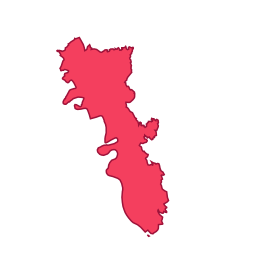 Pirojpur, Barisal, Bangladesh (Mercator projection), rotated 330°
{"feature_id": "16705992B46028667424095", "entity_name": "Pirojpur", "entity_type": "district", "adm_level": 2, "iso_a3": "BGD", "parent_name": "Bangladesh", "parent_adm1": "Barisal", "projection": "mercator", "projection_center": [89.98, 22.515], "detail": "fine", "context": "isolated", "style": "filled", "palette": "rose", "viewbox_px": 256, "rotation_deg": 330, "n_neighbors": 0, "source": "geoboundaries", "source_scale": "gbopen_adm2", "svg_char_len": 5845}
<svg xmlns="http://www.w3.org/2000/svg" viewBox="0 0 256 256"><g transform="rotate(330 128 128)"><path d="M90.9,226.7L94.1,226.4L95.1,230.7L96.7,232.1L97.6,231.8L100.8,231.7L103.0,231.0L104.2,230.0L106.1,226.9L109.7,228.5L110.2,228.4L110.6,225.1L111.7,224.4L113.4,222.5L112.2,219.2L112.0,217.8L112.2,215.1L112.8,214.2L113.2,214.0L113.1,215.9L113.3,216.7L115.0,218.9L116.0,219.3L117.3,218.2L118.2,219.6L119.2,220.4L119.6,220.0L119.6,218.7L119.3,218.5L119.5,217.2L120.2,216.4L121.6,216.4L121.9,216.0L121.2,214.2L121.0,212.3L121.1,211.7L124.7,211.7L126.8,211.1L127.4,207.9L129.6,202.6L128.4,200.8L127.2,198.1L127.5,196.6L128.2,194.4L128.2,192.9L128.9,192.1L130.0,191.5L130.6,189.7L132.3,189.5L133.1,185.7L133.7,185.6L135.0,186.5L135.7,186.6L136.1,186.5L136.2,183.7L135.3,181.8L135.1,180.5L135.5,180.1L135.5,179.2L136.6,176.0L136.8,174.3L135.7,173.4L134.2,173.2L133.8,172.0L132.6,171.0L131.4,168.9L131.3,171.9L130.8,172.4L130.5,172.2L130.1,171.2L128.1,171.0L126.9,169.9L127.3,167.7L128.1,165.5L127.9,163.3L128.6,162.8L130.1,162.7L131.5,161.9L132.2,161.0L131.5,160.3L131.0,159.3L130.4,157.4L130.4,156.3L129.6,156.1L129.4,155.7L129.2,153.5L129.9,151.9L130.0,150.8L129.1,149.1L129.1,148.7L131.5,147.4L133.2,148.9L134.9,149.0L136.7,149.5L137.9,149.0L138.4,148.4L138.1,146.7L137.0,146.0L137.0,145.3L137.4,143.7L138.2,143.7L138.9,142.6L139.1,143.3L139.4,143.5L139.3,143.9L139.3,144.8L140.0,145.2L140.1,146.1L140.4,145.9L140.6,146.3L141.8,146.4L141.9,148.2L142.6,150.0L143.7,150.2L143.8,149.7L144.2,149.4L146.1,149.4L146.1,148.7L146.6,148.5L147.8,148.4L148.9,148.6L150.2,145.9L150.5,144.4L150.3,143.5L150.5,143.6L150.9,144.2L151.6,144.5L154.8,142.0L155.4,141.2L155.7,139.1L156.6,138.9L157.1,138.4L157.2,137.6L157.7,137.2L157.9,136.2L157.2,134.9L156.0,134.9L155.7,135.4L154.8,133.6L155.1,133.0L153.8,132.1L153.3,131.5L152.4,132.5L153.1,133.8L152.4,134.3L151.3,134.2L151.2,133.8L149.0,132.5L148.4,133.3L147.4,133.3L146.9,133.7L145.8,133.8L145.8,134.7L145.1,135.2L144.8,135.9L143.1,136.0L143.0,134.9L142.6,134.7L142.8,134.2L143.1,133.9L143.1,133.7L142.6,133.3L141.9,133.2L141.8,132.8L141.0,132.8L140.7,132.2L142.0,130.2L141.4,129.0L140.9,129.1L140.5,129.9L138.7,130.9L139.2,129.9L139.8,127.1L139.3,125.8L139.3,124.1L139.9,123.9L139.1,122.3L139.3,120.9L139.5,117.0L138.1,114.7L137.9,111.0L137.5,109.8L136.9,109.0L137.7,108.2L138.3,106.7L138.5,105.6L139.1,104.7L141.8,106.5L143.0,106.7L146.6,105.9L148.6,105.0L149.3,104.3L151.0,101.6L150.7,101.1L151.5,100.3L150.5,97.0L149.9,96.3L149.2,96.2L148.9,95.5L149.2,92.8L149.1,92.2L148.9,91.9L147.8,91.6L147.8,89.6L148.1,88.5L148.6,88.0L148.4,87.2L148.0,86.9L149.1,86.2L150.8,85.9L151.7,84.8L153.3,83.8L159.1,81.6L159.3,80.5L160.2,79.5L160.1,79.2L160.4,77.8L160.9,77.3L161.1,76.6L162.1,75.8L162.7,72.7L163.7,72.5L164.4,70.2L164.1,69.3L164.5,68.1L165.5,67.8L166.2,67.0L166.5,65.7L168.3,65.3L168.4,64.8L170.2,63.6L170.9,62.4L172.2,61.9L172.4,61.6L172.1,61.2L172.7,60.8L172.6,60.6L171.2,60.4L169.7,58.4L168.7,58.5L168.0,60.0L166.8,59.9L166.2,58.6L166.8,56.5L166.8,56.2L166.2,56.5L165.4,56.5L164.3,56.3L162.7,55.4L162.4,55.9L162.7,56.7L162.5,57.1L161.2,56.8L160.8,57.2L159.7,56.4L160.0,55.5L159.9,53.8L158.7,53.7L158.0,54.3L157.5,54.1L156.7,52.9L156.6,53.3L156.1,53.5L154.9,53.2L154.6,52.0L153.4,51.5L152.7,51.0L151.0,51.0L150.9,51.7L150.6,51.6L150.2,52.1L148.5,51.8L148.3,51.6L148.3,51.2L149.0,50.2L148.9,49.8L147.2,48.9L146.0,49.0L145.3,49.4L144.4,49.1L143.3,49.3L142.5,49.0L141.9,48.3L140.1,44.3L138.1,42.5L135.5,41.6L136.5,40.8L135.7,39.3L136.2,38.5L136.4,36.7L133.6,37.4L131.8,39.2L130.2,39.5L129.2,39.4L130.2,36.9L131.0,33.3L131.1,25.3L127.2,24.6L126.7,23.8L126.1,24.4L125.1,24.8L121.6,24.9L119.4,25.4L118.3,25.3L118.0,26.5L117.5,26.5L115.6,27.3L113.8,27.3L112.8,28.9L111.5,29.1L109.3,28.8L109.1,28.6L109.1,28.1L108.5,28.0L108.2,27.3L107.0,26.2L106.0,26.2L105.7,25.5L105.1,25.6L105.1,26.3L106.0,27.0L106.5,28.0L106.4,30.6L106.3,31.0L105.6,31.3L106.7,33.7L107.1,35.3L106.8,36.8L106.7,37.0L105.2,37.4L101.2,41.0L98.9,42.4L99.0,43.1L98.5,44.7L98.8,45.0L100.3,45.3L101.0,45.8L102.2,45.6L103.4,46.5L105.0,48.5L105.0,49.0L103.6,49.9L100.6,49.2L99.4,50.3L99.3,51.3L97.1,51.7L96.2,52.1L95.9,52.7L96.1,53.3L97.2,55.0L97.5,57.0L98.3,58.5L98.9,58.8L100.2,58.6L101.1,58.1L102.1,58.0L102.9,58.2L103.2,58.5L103.6,60.1L103.7,62.4L103.4,66.8L102.9,67.3L102.3,67.4L101.1,66.9L98.0,66.2L96.7,66.1L96.0,66.3L91.0,69.4L89.5,70.1L88.8,71.0L88.2,71.3L87.9,71.0L86.2,71.9L84.8,73.0L84.3,74.1L84.3,74.7L84.9,75.6L86.1,76.4L89.6,75.7L90.1,76.1L91.0,76.0L91.8,75.6L93.2,75.6L95.3,75.2L99.2,76.0L100.3,76.3L103.0,78.1L104.7,79.7L104.7,80.1L104.3,80.7L101.4,82.8L100.0,84.5L99.4,84.5L99.1,85.2L98.5,85.7L97.2,85.7L94.9,82.0L93.8,81.2L92.8,81.9L92.0,84.7L92.8,85.9L93.8,86.8L96.7,88.1L99.6,89.0L100.8,89.6L101.5,90.1L102.0,90.9L102.0,92.4L101.2,97.0L100.1,101.2L105.8,102.7L110.1,103.5L111.1,104.2L111.6,105.1L111.6,106.8L111.2,109.4L110.7,110.5L110.4,113.6L109.4,116.6L106.7,121.3L104.1,124.0L102.7,125.8L101.0,128.8L101.0,129.4L101.6,129.8L103.3,130.0L107.2,129.9L112.2,130.2L112.4,130.5L113.1,130.7L113.5,132.0L113.2,133.3L112.2,134.6L108.4,134.7L103.2,133.3L101.7,132.7L101.2,132.0L100.4,131.8L98.5,130.9L96.1,130.6L94.6,130.7L92.6,130.4L91.8,130.6L91.7,131.0L90.5,131.6L89.9,133.2L89.8,134.0L90.4,136.6L91.5,138.1L93.3,139.5L97.2,140.2L98.7,139.9L101.2,138.9L103.0,138.9L104.7,139.5L105.8,140.2L106.2,140.8L106.7,142.2L106.5,144.2L106.2,145.0L105.5,146.0L103.8,147.6L102.8,148.1L101.6,148.4L97.7,147.8L94.9,148.9L92.8,150.4L91.0,152.7L88.3,153.6L87.7,154.3L86.9,156.1L87.0,158.2L87.2,158.7L88.0,159.9L90.7,162.5L94.0,166.5L95.0,168.7L95.1,169.5L94.8,172.9L93.5,177.2L92.3,179.2L91.6,179.9L88.1,185.0L86.0,189.5L84.5,193.4L83.8,196.7L83.3,199.8L83.3,202.7L83.6,206.1L84.4,210.3L85.2,212.6L87.9,216.5L89.4,220.2L90.9,226.7ZM91.8,232.2L92.3,232.2L91.4,230.2L91.7,232.0L91.8,232.2Z" fill="#f43f5e" stroke="#9f1239" stroke-width="1.5"/></g></svg>